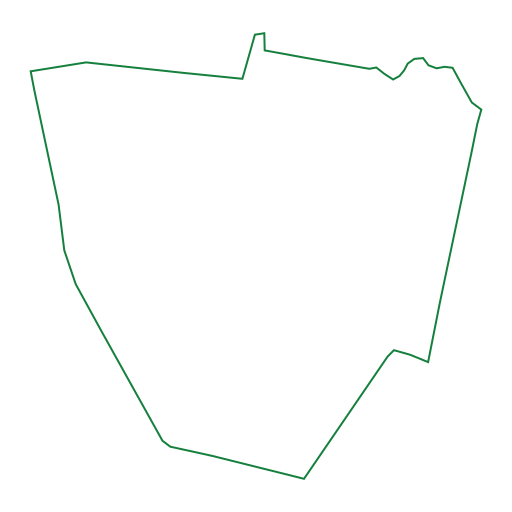 outline of Ielmo Marinho, Rio Grande do Norte, Brazil
{"feature_id": "56859067B90563935489719", "entity_name": "Ielmo Marinho", "entity_type": "district", "adm_level": 2, "iso_a3": "BRA", "parent_name": "Brazil", "parent_adm1": "Rio Grande do Norte", "projection": "natural_earth1", "projection_center": [-35.525, -5.792], "detail": "fine", "context": "isolated", "style": "outline", "palette": "green", "viewbox_px": 512, "rotation_deg": 0, "n_neighbors": 0, "source": "geoboundaries", "source_scale": "gbopen_adm2", "svg_char_len": 645}
<svg xmlns="http://www.w3.org/2000/svg" viewBox="0 0 512 512"><path d="M30.7,71.3L33.3,85.0L34.7,92.1L58.6,204.7L64.3,250.4L75.7,284.1L101.3,330.9L162.5,440.8L170.3,446.7L212.6,456.0L304.0,478.8L387.5,356.7L393.9,350.2L410.0,354.7L428.1,362.1L439.9,302.5L442.9,288.2L471.2,154.0L473.5,142.7L474.9,135.7L477.2,124.3L481.3,109.6L471.8,102.5L460.7,82.7L452.6,67.8L444.6,66.8L436.6,68.3L428.5,65.3L423.1,58.1L414.3,58.9L407.7,63.6L404.2,70.3L399.5,76.0L393.1,79.5L384.3,73.8L376.3,67.5L369.3,68.8L325.5,61.3L304.7,57.7L264.7,50.4L264.3,33.2L254.9,34.7L242.4,78.8L183.6,72.9L86.1,62.4L30.7,71.3Z" fill="none" stroke="#15803d" stroke-width="2"/></svg>